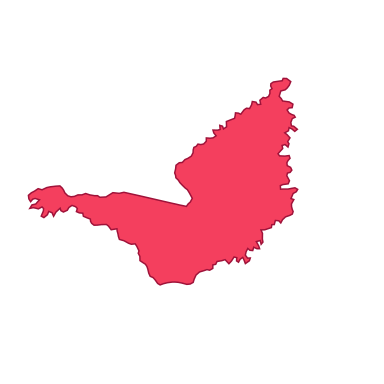 the district of Mandaguari, Paraná, Brazil, rotated 56°
{"feature_id": "56859067B2319908604848", "entity_name": "Mandaguari", "entity_type": "district", "adm_level": 2, "iso_a3": "BRA", "parent_name": "Brazil", "parent_adm1": "Paraná", "projection": "robinson", "projection_center": [-51.721, -23.489], "detail": "fine", "context": "isolated", "style": "filled", "palette": "rose", "viewbox_px": 384, "rotation_deg": 56, "n_neighbors": 0, "source": "geoboundaries", "source_scale": "gbopen_adm2", "svg_char_len": 3678}
<svg xmlns="http://www.w3.org/2000/svg" viewBox="0 0 384 384"><g transform="rotate(56 192 192)"><path d="M267.3,135.7L265.6,132.5L264.9,128.4L266.1,123.9L266.4,121.2L264.8,119.1L262.5,118.6L259.7,117.6L257.5,116.2L255.2,111.8L252.8,113.6L249.8,109.0L250.1,105.4L248.9,102.9L246.1,104.3L244.5,107.8L243.3,110.7L240.6,114.7L239.2,117.0L236.1,115.2L236.6,112.6L239.0,107.7L237.2,104.9L231.5,104.3L229.7,102.3L230.6,99.7L229.7,97.0L226.7,96.5L223.4,98.3L220.8,97.0L219.6,94.8L218.9,91.9L216.1,91.1L214.2,94.9L211.0,99.2L208.4,99.3L207.6,96.3L206.7,92.5L203.8,91.3L204.7,88.3L208.4,87.3L206.2,84.6L203.8,84.6L201.9,80.5L197.7,81.1L194.8,82.0L195.2,77.8L192.9,75.5L195.7,73.9L199.2,72.9L198.9,69.6L194.4,70.9L192.8,72.6L189.6,71.2L187.2,67.8L187.7,64.6L185.5,64.5L183.5,66.0L180.7,67.4L177.2,67.3L176.6,64.6L178.1,61.8L175.6,59.2L171.7,61.0L167.2,66.0L164.5,65.8L161.4,66.2L157.9,61.9L159.4,57.6L159.0,54.9L157.9,51.7L155.7,48.4L150.8,50.1L148.8,52.9L150.2,55.0L148.9,57.6L147.5,60.5L146.3,63.1L146.3,66.0L148.1,67.5L151.1,67.9L151.1,70.5L153.9,72.3L155.6,75.1L155.2,78.5L153.4,80.1L153.9,84.4L157.7,86.0L156.2,88.8L153.3,88.7L150.7,91.4L153.0,93.8L155.0,97.6L153.0,100.0L153.0,102.8L154.8,108.1L152.6,109.4L150.7,111.7L152.8,113.5L154.7,115.5L153.9,119.1L152.8,124.1L157.3,126.9L157.3,130.6L154.5,129.9L152.3,131.7L155.9,133.7L155.1,136.1L152.4,140.0L155.3,140.9L158.9,140.6L158.9,144.3L157.5,147.0L155.2,149.9L157.9,151.8L158.7,155.5L157.6,158.2L155.6,160.3L156.5,162.9L156.1,165.5L157.7,167.4L160.0,169.1L161.9,172.5L161.8,176.6L161.2,179.7L162.1,183.5L160.6,186.2L160.9,190.3L163.7,192.7L166.5,195.7L169.0,196.3L171.2,197.4L174.5,196.7L177.5,196.8L181.1,196.2L185.0,195.4L187.5,194.5L191.5,194.7L197.4,195.3L199.4,199.1L199.7,201.7L200.8,204.7L197.8,207.6L195.8,209.6L193.5,211.7L189.5,215.5L165.6,237.8L154.2,248.6L152.4,253.1L148.3,258.0L148.0,266.1L144.8,271.4L142.3,272.3L140.6,274.8L137.3,278.3L133.8,281.0L132.8,284.9L130.6,288.2L129.9,291.9L128.3,295.0L125.7,297.1L121.5,297.9L118.7,297.4L116.1,297.4L113.1,298.1L111.1,301.5L108.5,306.5L107.1,310.0L106.3,315.1L103.2,317.7L103.2,322.2L102.8,325.7L103.3,329.5L106.5,331.1L109.8,331.2L108.9,328.1L109.6,325.7L113.2,322.8L113.9,325.8L114.6,328.2L113.2,331.9L114.9,335.6L116.2,332.4L117.9,330.7L120.1,328.8L120.5,324.7L122.7,324.3L124.6,325.8L127.7,330.5L130.4,329.1L130.0,324.6L128.0,321.6L130.9,319.6L134.7,320.3L132.6,316.1L131.7,310.4L134.2,311.1L136.7,309.8L137.4,305.6L136.0,302.7L136.0,299.0L139.1,296.7L141.6,296.3L143.6,298.8L146.3,297.1L148.5,294.4L151.4,295.6L154.8,293.4L157.6,291.4L159.6,292.5L161.8,292.7L164.7,291.8L166.4,289.2L168.5,285.1L171.1,281.1L173.5,280.3L178.1,280.1L180.5,274.8L182.6,275.9L185.1,276.7L187.8,277.9L190.7,278.7L194.4,275.6L199.1,273.2L201.4,271.5L203.2,268.1L206.1,268.1L211.2,268.9L212.7,270.8L216.2,271.2L219.8,273.5L222.8,272.3L225.8,271.0L228.5,271.0L231.1,271.7L235.0,273.2L238.5,273.8L241.2,272.1L244.1,271.7L248.6,271.6L251.2,270.4L252.0,267.1L253.4,263.2L255.6,258.8L257.1,256.5L259.2,253.9L261.6,251.5L265.7,247.9L267.3,244.9L267.6,241.6L265.5,239.0L263.1,235.1L262.5,230.5L263.9,226.0L264.7,223.0L266.7,221.1L267.0,217.5L264.1,215.5L265.2,212.8L263.6,210.1L265.6,205.7L266.6,202.4L272.1,201.5L271.3,197.9L269.4,193.5L271.5,191.6L274.0,193.6L276.2,192.7L274.7,189.8L274.6,186.5L277.4,186.9L281.2,187.8L281.1,182.9L279.3,180.6L277.9,182.9L274.2,183.1L271.8,180.6L270.0,177.3L272.7,176.6L274.5,174.4L272.3,171.7L275.3,169.9L276.8,167.7L274.2,166.9L269.1,166.4L270.4,162.6L274.0,163.9L273.2,161.2L270.4,160.0L265.7,156.7L262.0,156.0L264.0,152.8L265.9,146.1L263.7,144.1L265.0,142.0L262.2,138.8L264.4,136.1L267.3,135.7Z" fill="#f43f5e" stroke="#9f1239" stroke-width="1.5"/></g></svg>